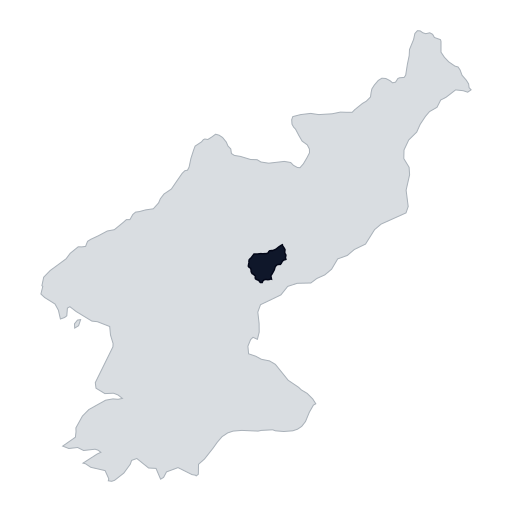 Sinhung, Hamgyŏng-namdo, North Korea shown in context
{"feature_id": "82179303B53420606691311", "entity_name": "Sinhung", "entity_type": "district", "adm_level": 2, "iso_a3": "PRK", "parent_name": "North Korea", "parent_adm1": "Hamgyŏng-namdo", "projection": "natural_earth1", "projection_center": [127.653, 40.262], "detail": "fine", "context": "in_parent", "style": "filled", "palette": "ink", "viewbox_px": 512, "rotation_deg": 0, "n_neighbors": 0, "source": "geoboundaries", "source_scale": "gbopen_adm2", "svg_char_len": 4280}
<svg xmlns="http://www.w3.org/2000/svg" viewBox="0 0 512 512"><path d="M315.8,403.8L313.4,405.1L309.3,412.3L305.5,421.5L301.7,426.4L297.5,429.2L292.8,430.8L283.7,431.5L275.4,430.8L272.7,429.8L261.3,430.4L258.1,431.1L241.7,430.4L233.1,431.1L227.7,432.9L222.1,436.6L217.3,442.2L213.1,448.1L204.5,459.0L198.5,464.3L198.4,471.9L198.3,474.3L196.2,475.9L195.4,475.2L192.0,474.6L178.0,467.6L166.5,471.9L163.6,477.4L160.6,479.2L156.0,468.4L148.6,468.0L136.8,458.5L131.6,460.4L130.3,464.2L123.8,473.1L114.6,480.3L111.7,481.3L108.3,480.8L108.8,478.8L105.1,470.6L90.8,467.3L85.6,463.8L83.0,463.1L97.2,454.0L100.9,452.3L98.1,450.2L95.1,449.2L83.6,450.5L77.6,447.5L68.8,448.5L62.7,446.1L75.4,437.2L76.0,431.9L75.9,427.9L82.4,416.1L88.9,409.5L105.6,400.2L112.9,398.9L118.1,399.3L122.4,398.4L117.9,394.9L113.5,393.2L104.9,393.6L96.0,388.2L95.3,382.6L112.9,346.9L113.1,343.6L110.5,335.0L109.7,326.5L97.4,321.7L91.9,321.1L76.1,311.5L69.9,306.7L67.4,308.1L66.8,315.8L64.6,317.5L60.4,319.0L58.4,310.2L55.0,304.0L44.6,297.5L40.9,294.0L42.8,286.4L41.9,285.7L43.7,277.2L50.2,270.5L66.1,258.8L70.2,253.3L78.2,246.8L81.8,246.9L85.6,246.4L86.7,243.5L87.6,241.3L90.8,239.3L98.5,235.7L107.3,231.0L114.3,229.7L122.9,222.7L126.4,219.6L129.9,219.6L130.8,218.1L132.8,214.5L135.6,212.1L139.4,211.6L145.6,209.9L153.3,208.8L158.6,202.9L160.4,198.7L164.0,194.0L171.4,189.0L176.5,181.5L182.2,173.3L184.9,170.7L187.5,170.2L189.1,167.1L190.9,158.5L193.6,150.1L195.1,146.1L201.6,141.8L203.3,139.7L204.8,139.0L207.8,139.5L211.8,137.0L215.6,134.2L219.1,135.2L222.6,137.5L226.3,142.1L227.9,145.9L230.8,149.0L231.4,153.5L234.3,155.4L240.4,156.4L250.6,159.5L257.1,159.7L260.9,162.0L268.7,163.2L284.3,161.4L290.7,162.5L293.4,165.3L297.4,167.5L300.0,167.7L303.4,163.8L307.1,157.5L309.5,152.8L309.4,149.0L307.3,144.9L302.1,141.1L298.7,135.2L295.5,129.1L293.6,127.1L292.0,124.2L291.7,119.7L292.8,116.6L300.6,114.6L310.6,113.4L318.7,114.6L332.1,113.8L340.4,112.1L346.5,112.3L352.2,112.3L354.7,109.7L362.5,103.4L366.3,101.2L370.5,97.0L371.1,92.5L371.9,88.9L374.3,85.1L378.3,80.4L381.9,78.2L385.8,78.5L389.9,80.6L392.5,82.8L395.5,82.2L397.9,78.5L399.5,77.8L404.2,77.4L405.7,75.1L407.4,64.2L409.2,55.6L409.5,49.5L413.6,39.5L414.9,33.5L417.4,30.7L420.2,30.9L422.7,32.7L425.7,33.7L429.8,32.8L432.6,34.3L434.4,37.5L440.5,39.7L441.0,41.4L441.0,52.2L444.4,57.3L448.8,61.9L454.9,66.1L458.1,67.0L460.1,70.0L462.0,75.2L466.3,80.2L468.6,83.9L469.1,87.7L471.1,89.8L467.7,92.2L463.2,90.7L455.6,89.9L446.0,97.3L440.7,100.0L437.0,107.3L429.5,111.6L425.5,116.3L420.2,124.3L416.7,132.1L408.7,140.0L404.0,150.0L403.8,158.6L409.1,167.3L409.6,174.8L406.1,190.2L408.2,206.5L406.0,212.9L381.1,224.1L374.6,229.6L365.5,244.1L354.3,249.5L347.4,255.4L337.7,258.9L331.6,269.2L324.8,274.9L316.8,278.5L310.8,283.0L297.2,283.3L287.7,286.4L280.9,294.9L260.5,304.7L257.8,312.1L259.1,323.4L259.2,332.1L257.4,339.3L253.0,337.3L250.6,339.6L247.9,346.2L248.6,353.8L255.7,356.2L261.4,359.3L269.5,360.9L275.4,364.4L288.2,380.3L298.6,387.3L301.3,389.9L307.2,393.4L312.7,398.9L315.8,403.8ZM78.6,325.7L74.7,328.1L74.5,323.8L77.5,320.1L80.6,319.6L78.6,325.7Z" fill="#d9dde1" stroke="#a8b0b8" stroke-width="1"/><path d="M271.5,279.2L271.2,277.6L270.8,275.7L271.7,274.5L272.9,272.4L274.3,269.8L275.0,267.2L275.9,265.8L277.3,264.6L279.3,264.4L280.4,264.4L281.3,263.2L282.3,261.3L283.6,260.1L285.0,259.7L285.9,259.4L285.4,257.5L285.9,255.6L285.7,254.5L284.9,253.5L284.7,252.1L284.9,250.6L285.0,249.7L284.3,248.3L283.5,247.1L282.6,245.9L282.4,244.8L282.2,244.9L281.7,245.0L278.8,246.9L276.6,248.7L276.1,249.1L275.6,249.3L275.1,249.6L272.4,250.7L272.0,250.7L271.9,250.5L269.6,250.8L268.7,251.7L268.2,252.9L266.4,253.6L264.9,253.6L262.6,253.8L260.9,253.6L259.1,253.8L257.5,254.0L255.7,254.0L254.6,254.0L254.0,254.0L253.9,254.2L252.8,255.6L251.9,256.8L251.0,258.0L250.1,258.7L249.1,259.9L248.9,261.5L249.1,262.5L248.8,263.4L248.6,264.2L248.6,264.4L248.3,266.1L248.8,267.0L249.6,267.5L250.7,268.4L251.1,270.1L251.1,271.3L251.5,272.5L252.2,273.7L253.3,274.2L254.3,275.1L255.2,275.8L255.4,276.8L255.2,277.5L255.4,278.7L256.0,279.2L257.4,279.9L258.0,280.1L258.9,280.4L259.5,281.6L260.4,282.5L262.2,282.5L262.7,281.4L262.8,280.8L263.4,280.4L264.0,279.9L265.2,279.5L266.3,279.5L267.8,279.7L269.4,279.5L270.7,279.0L271.5,279.2Z" fill="#0f172a" stroke="#020617" stroke-width="1.5"/></svg>